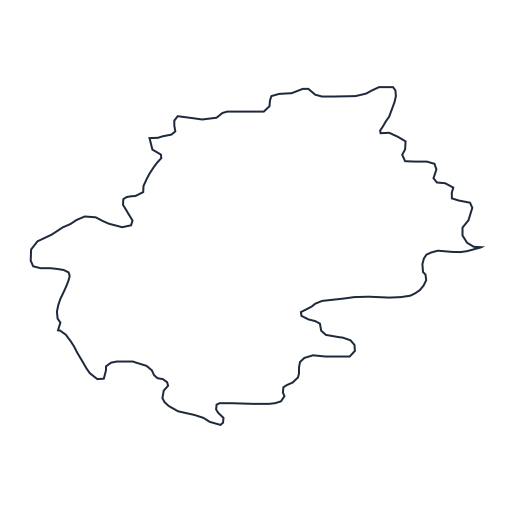 Karma, Gomel, Belarus (Equal Earth projection)
{"feature_id": "67162791B17316516711258", "entity_name": "Karma", "entity_type": "district", "adm_level": 2, "iso_a3": "BLR", "parent_name": "Belarus", "parent_adm1": "Gomel", "projection": "equal_earth", "projection_center": [30.843, 53.121], "detail": "fine", "context": "isolated", "style": "outline", "palette": "slate", "viewbox_px": 512, "rotation_deg": 0, "n_neighbors": 0, "source": "geoboundaries", "source_scale": "gbopen_adm2", "svg_char_len": 2608}
<svg xmlns="http://www.w3.org/2000/svg" viewBox="0 0 512 512"><path d="M481.3,247.2L473.8,246.8L467.1,242.8L462.5,235.5L462.5,227.6L468.5,220.2L472.3,207.8L470.0,202.7L458.7,200.5L451.9,198.4L451.8,192.6L453.3,187.6L445.1,183.2L436.9,182.5L433.5,178.2L436.4,169.5L434.5,163.8L426.8,161.6L415.2,161.6L405.1,161.2L402.2,154.8L405.1,149.4L405.6,141.4L397.9,136.8L389.2,132.8L380.6,133.2L380.1,130.6L383.0,126.3L385.9,121.3L389.2,116.6L390.3,113.5L392.1,108.7L394.5,102.2L395.9,96.1L395.4,90.4L393.0,87.1L384.8,87.1L379.1,87.1L371.4,90.7L366.1,93.6L355.5,96.1L335.4,96.5L321.9,96.5L315.2,94.7L308.4,88.9L302.7,88.9L291.6,93.2L279.1,93.9L271.4,96.1L270.0,100.4L269.5,106.2L263.8,111.6L250.3,111.6L235.4,111.6L227.2,111.6L222.4,113.0L216.6,117.7L202.2,119.5L191.6,118.0L177.7,116.2L174.3,120.6L174.3,125.6L175.3,131.4L171.4,134.6L162.3,136.4L158.0,137.8L149.5,138.1L149.6,138.4L152.4,149.6L157.4,152.5L160.9,154.6L161.3,158.1L157.0,162.8L153.8,167.1L149.6,173.5L146.7,179.0L143.5,185.9L143.2,192.1L135.4,196.0L130.8,196.3L126.5,197.1L123.3,199.2L123.0,204.8L128.6,214.1L132.5,220.5L131.1,225.3L122.2,227.2L108.8,223.7L102.7,221.0L95.7,217.3L84.7,216.5L76.5,220.0L70.5,224.0L62.7,227.4L51.7,234.6L37.5,241.3L31.1,249.5L30.7,260.7L33.2,266.3L40.6,268.2L50.6,268.2L57.6,269.0L63.7,270.0L68.6,272.4L69.7,275.9L68.6,280.2L66.8,285.0L64.7,289.8L62.2,295.1L60.4,298.8L58.3,305.0L56.9,311.7L57.6,318.6L60.4,322.6L58.0,330.3L59.9,330.5L65.8,334.7L70.5,341.0L73.9,346.2L77.0,352.3L82.6,361.7L86.4,368.3L89.8,373.2L97.3,379.1L103.8,378.7L106.0,370.2L106.0,366.4L111.0,362.7L116.9,361.5L132.8,361.5L136.3,362.7L146.6,365.9L151.9,370.4L154.0,375.1L157.5,378.2L162.8,379.1L167.1,382.2L168.1,385.7L163.7,390.7L162.4,398.2L164.6,402.2L168.7,406.0L178.1,411.3L194.2,414.9L203.5,417.9L209.8,421.9L220.5,424.9L223.0,422.7L223.5,417.9L218.1,412.7L216.1,409.4L216.6,404.6L219.6,403.2L231.7,403.2L254.2,403.9L268.8,403.9L275.1,403.2L281.0,401.3L284.4,396.2L282.9,392.5L283.4,387.3L286.8,385.1L292.7,382.5L298.0,377.4L299.0,373.4L299.0,367.5L300.0,362.0L304.4,357.9L313.1,355.3L325.3,356.5L337.0,356.5L349.7,356.5L354.9,350.9L354.5,345.0L350.5,340.3L343.0,337.7L338.0,337.0L325.9,334.9L321.2,330.7L319.9,323.6L315.2,321.1L308.4,319.4L301.5,315.9L300.9,312.1L306.8,309.1L311.8,306.5L315.2,303.7L322.1,300.9L333.3,299.7L344.2,298.5L354.2,297.1L368.8,296.7L389.4,297.6L400.9,297.1L410.3,295.7L415.0,293.4L419.9,290.1L423.7,285.4L426.2,280.2L425.5,274.6L423.0,272.0L422.4,264.1L423.9,258.5L426.4,254.7L431.4,252.4L437.9,250.7L452.0,251.9L460.4,252.1L466.9,251.2L480.9,247.4L481.3,247.2Z" fill="none" stroke="#1e293b" stroke-width="2"/></svg>